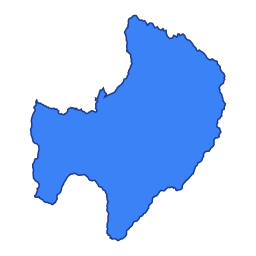 the district of El Tambo, Nariño, Colombia
{"feature_id": "7082276B27137373904269", "entity_name": "El Tambo", "entity_type": "district", "adm_level": 2, "iso_a3": "COL", "parent_name": "Colombia", "parent_adm1": "Nariño", "projection": "natural_earth1", "projection_center": [-77.398, 1.43], "detail": "fine", "context": "isolated", "style": "filled", "palette": "blue", "viewbox_px": 256, "rotation_deg": 0, "n_neighbors": 0, "source": "geoboundaries", "source_scale": "gbopen_adm2", "svg_char_len": 5772}
<svg xmlns="http://www.w3.org/2000/svg" viewBox="0 0 256 256"><path d="M195.8,47.8L195.2,47.5L194.1,46.1L193.4,45.9L192.9,44.2L189.9,40.5L187.0,39.6L185.2,37.2L184.8,35.7L183.0,34.0L182.5,34.0L181.1,35.1L179.9,35.4L179.2,34.0L178.1,33.9L177.6,34.5L177.5,36.1L177.1,36.8L176.5,37.1L176.0,36.5L173.6,35.4L172.6,38.0L169.5,38.5L167.1,35.9L166.2,32.8L166.1,30.4L163.6,30.6L163.3,29.0L162.9,28.6L161.5,29.9L160.8,30.2L158.6,28.9L157.3,26.8L155.1,27.8L153.9,26.4L153.0,24.1L152.2,23.4L151.4,23.1L149.6,23.1L148.6,24.0L147.9,25.2L147.2,25.3L146.8,23.7L144.6,20.7L143.5,21.1L141.8,20.0L140.7,20.3L139.6,20.2L138.0,18.4L136.4,15.8L135.5,15.4L133.3,15.7L131.3,17.8L129.5,18.4L128.9,19.0L128.3,20.5L128.5,23.5L127.9,25.1L128.4,25.9L127.7,26.8L127.7,27.8L126.6,28.2L125.9,30.1L124.6,32.0L124.7,32.9L125.7,34.8L126.3,37.6L126.4,40.5L127.2,41.6L127.2,43.6L126.8,45.0L126.7,46.7L127.1,49.1L126.8,50.3L126.8,51.3L127.1,51.6L127.8,51.3L128.3,52.5L130.5,54.4L130.5,55.2L130.8,55.5L130.7,57.6L131.2,58.9L131.8,59.2L131.1,61.0L131.5,61.6L131.5,62.5L132.0,63.4L131.9,64.0L130.7,66.0L130.4,67.6L128.9,70.3L128.6,71.8L128.1,72.6L128.2,73.3L128.7,74.0L127.4,75.8L126.8,78.0L124.5,79.3L124.1,79.2L123.3,82.2L122.0,83.4L121.5,84.5L119.0,86.1L117.4,87.7L116.8,89.1L115.6,90.4L115.1,91.7L114.1,92.5L107.0,95.7L104.7,97.1L105.4,95.6L106.4,94.7L106.5,94.0L104.8,92.1L103.8,89.7L103.4,88.1L101.1,90.7L100.3,90.1L99.4,92.4L99.2,93.9L97.9,96.9L97.5,98.8L95.6,98.1L95.8,99.0L95.5,99.8L95.6,100.5L97.6,101.1L97.3,102.1L96.2,103.0L95.7,104.0L96.0,105.4L95.7,106.1L96.0,106.3L96.1,107.1L95.5,108.3L96.8,109.9L96.7,111.4L96.1,112.0L95.5,112.3L94.8,111.6L94.1,111.5L92.9,110.9L92.4,111.1L91.5,110.7L89.9,112.0L89.1,112.1L88.4,113.0L86.1,113.6L84.2,111.6L83.2,111.7L82.6,111.0L81.7,110.7L81.2,109.2L80.1,110.0L79.1,110.3L77.9,109.8L76.2,108.2L75.6,108.4L75.6,109.3L75.0,109.3L75.0,108.8L73.8,108.1L72.3,107.8L71.6,108.2L71.0,107.5L70.7,108.1L69.0,108.4L67.7,109.5L67.9,110.8L67.3,111.4L67.1,112.3L65.6,113.6L64.6,113.8L64.1,114.7L62.4,114.5L61.3,113.7L60.8,114.0L59.3,114.0L58.4,112.8L58.7,111.0L57.4,110.1L57.0,109.4L56.1,109.0L55.0,109.4L54.6,108.5L53.8,108.3L51.9,108.6L48.8,108.0L48.1,107.1L47.0,107.2L46.3,106.4L43.9,105.4L43.1,104.6L41.8,104.4L40.7,103.2L39.8,103.5L38.3,102.7L37.6,102.9L37.0,101.7L37.0,100.6L36.7,100.1L35.9,101.7L36.1,105.3L34.3,106.6L33.9,107.4L34.1,108.2L35.1,109.3L35.3,110.3L33.2,113.8L31.7,118.3L31.3,121.6L31.6,122.3L31.8,125.1L31.5,127.4L30.6,129.5L30.7,130.7L31.1,131.7L31.0,134.1L32.7,139.2L33.1,141.6L34.2,142.8L35.5,143.5L36.7,143.7L37.7,144.5L38.7,145.9L39.1,148.6L37.9,154.8L37.8,157.7L37.0,158.8L35.4,158.9L34.9,159.3L34.1,162.3L33.0,163.8L32.7,165.0L32.8,167.5L33.5,169.6L33.1,173.2L33.5,178.2L35.8,181.1L37.8,182.2L38.9,183.7L39.1,184.9L39.1,186.2L38.6,187.8L37.1,188.5L37.5,189.8L37.4,190.9L36.6,192.7L36.2,194.5L34.8,195.6L34.8,196.7L35.5,197.1L37.7,197.3L39.1,196.8L39.5,198.1L42.9,199.9L43.1,200.4L43.6,200.7L44.2,201.7L46.2,202.5L47.6,202.3L48.5,203.0L51.0,203.5L51.6,204.4L52.8,204.5L53.7,203.7L54.0,203.0L54.5,203.1L54.7,202.7L55.5,202.4L55.8,201.3L57.4,198.6L56.7,197.2L57.3,194.9L57.7,194.3L59.0,193.8L60.4,192.3L61.2,190.2L61.9,186.7L63.4,184.5L64.1,182.3L65.6,180.3L67.2,177.3L68.7,175.6L69.5,175.2L70.0,174.3L73.2,173.8L74.6,173.2L78.4,175.2L80.0,175.2L84.6,174.6L87.7,177.1L89.4,179.9L89.9,180.2L92.1,180.7L94.9,180.3L97.9,184.5L98.8,186.4L99.6,186.9L101.5,187.2L102.0,187.6L103.1,189.8L105.1,190.9L105.8,192.9L107.0,194.5L106.6,196.1L107.2,198.3L107.1,199.6L108.2,202.0L107.4,203.0L107.6,204.0L106.9,205.6L107.5,208.3L107.0,209.0L106.9,210.1L107.2,211.1L108.5,213.2L108.7,214.3L108.0,216.3L108.1,221.1L107.1,224.0L107.3,225.6L106.9,226.9L107.7,228.6L107.0,230.7L107.2,232.2L106.9,232.9L107.3,233.6L108.1,234.2L108.1,235.0L109.5,235.4L110.1,236.0L110.3,238.1L111.2,237.7L111.2,238.4L112.1,239.1L113.5,238.8L115.6,238.8L117.7,240.5L118.3,240.6L120.6,239.1L122.4,238.8L125.3,236.5L126.5,234.6L126.6,230.5L127.9,229.5L128.3,229.5L129.3,228.2L129.6,227.4L130.9,226.8L132.4,225.1L132.9,223.5L133.6,222.2L135.4,221.1L136.9,221.1L138.8,219.0L139.8,216.9L140.7,216.3L141.8,216.1L142.9,215.0L143.6,213.6L145.2,213.0L147.1,210.6L147.8,209.0L148.7,208.2L148.6,206.4L149.2,205.0L151.9,202.7L152.2,201.9L152.5,198.5L153.0,197.3L153.6,196.8L154.5,196.9L155.1,196.0L155.9,196.0L157.1,195.4L160.5,190.5L164.3,190.8L167.5,187.6L168.5,187.4L169.8,187.7L171.5,186.9L172.9,187.2L173.5,188.2L174.3,187.8L175.5,188.2L175.8,188.6L175.7,189.8L176.7,190.5L177.2,190.5L177.8,190.0L180.5,189.6L181.8,188.8L182.2,187.9L182.3,185.8L183.0,184.3L183.6,183.8L184.2,182.6L184.9,182.3L185.7,181.3L186.0,180.4L186.7,180.3L188.7,178.4L192.2,174.2L193.2,173.7L193.4,172.3L194.1,171.7L194.0,171.1L194.2,169.9L194.8,169.1L195.5,166.5L196.8,165.7L198.0,163.0L200.9,161.4L201.8,160.4L202.7,157.6L203.6,156.5L203.5,154.4L204.3,152.7L205.0,152.0L206.8,151.2L209.0,151.2L210.7,148.5L213.1,146.2L214.0,144.8L214.0,139.7L215.5,137.8L217.4,137.9L219.2,136.7L219.0,134.9L219.8,133.3L220.7,132.6L220.8,131.5L219.7,129.6L219.7,128.3L217.2,127.2L217.0,125.9L216.6,124.9L217.6,122.6L217.4,121.6L217.9,119.5L218.3,119.1L218.9,119.0L219.8,118.5L220.5,117.1L221.8,115.9L221.5,115.0L221.5,113.7L222.1,112.8L222.1,110.7L222.3,110.0L224.1,109.3L224.5,106.4L225.1,105.0L225.4,103.7L223.8,102.0L223.2,100.7L222.7,98.7L222.7,97.7L222.4,97.4L221.5,94.1L220.0,92.1L219.7,91.3L219.9,89.4L219.0,88.1L220.4,85.3L221.4,84.7L221.9,83.9L222.9,83.7L223.5,83.0L223.7,81.3L224.7,79.2L224.0,78.0L224.8,76.6L223.9,73.6L221.3,71.3L220.3,68.9L220.1,66.6L217.4,63.8L217.2,61.6L216.0,60.8L215.2,61.1L212.4,58.9L211.9,59.0L211.0,60.0L210.6,60.0L209.9,59.4L209.2,59.5L208.6,59.3L206.6,57.5L206.2,56.2L204.2,53.7L202.9,52.3L201.1,51.5L199.3,50.0L198.1,51.1L196.9,50.7L195.8,47.8Z" fill="#3b82f6" stroke="#1e3a8a" stroke-width="1.5"/></svg>